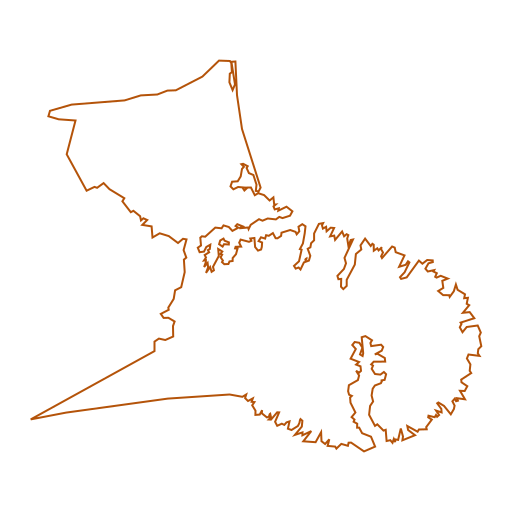 outline of Christchurch City, Canterbury, New Zealand
{"feature_id": "76426892B12142127553015", "entity_name": "Christchurch City", "entity_type": "district", "adm_level": 2, "iso_a3": "NZL", "parent_name": "New Zealand", "parent_adm1": "Canterbury", "projection": "equal_earth", "projection_center": [172.85, -43.646], "detail": "fine", "context": "isolated", "style": "outline", "palette": "amber", "viewbox_px": 512, "rotation_deg": 0, "n_neighbors": 0, "source": "geoboundaries", "source_scale": "gbopen_adm2", "svg_char_len": 6089}
<svg xmlns="http://www.w3.org/2000/svg" viewBox="0 0 512 512"><path d="M50.0,110.8L48.4,116.3L58.7,119.3L75.5,120.5L66.7,154.3L86.6,190.7L94.5,186.9L97.1,187.8L103.6,183.1L109.5,189.2L124.3,198.2L122.4,201.3L130.8,212.2L133.4,210.8L140.1,216.2L141.0,220.4L143.4,218.3L147.2,220.0L142.3,224.9L151.6,226.4L152.5,237.5L159.7,233.3L168.8,236.1L178.0,243.0L183.0,238.8L186.5,239.4L183.6,250.1L186.3,257.6L183.9,259.6L184.7,272.1L181.2,287.2L175.1,290.3L173.7,298.9L168.3,307.6L168.7,309.8L160.8,313.9L163.6,317.9L168.4,317.8L174.6,321.5L173.0,326.0L173.2,336.5L165.3,340.0L158.9,338.6L154.5,341.6L154.5,351.1L30.7,419.4L66.1,412.6L167.8,398.6L229.6,394.5L242.4,396.8L246.2,394.5L245.1,398.1L248.0,401.0L252.8,398.4L251.6,401.8L254.4,402.1L252.2,405.3L255.5,410.7L255.4,414.9L259.7,414.6L262.1,410.2L261.8,413.3L266.9,417.4L268.9,416.7L269.7,414.2L270.2,413.8L271.0,417.2L268.8,419.5L271.0,419.6L277.2,412.3L279.1,412.4L275.1,421.8L277.2,425.8L281.8,423.7L284.3,424.9L286.5,422.4L289.5,421.4L287.9,428.7L291.5,430.0L297.9,426.0L299.4,423.0L300.0,420.0L300.5,419.1L302.4,420.8L301.8,426.6L294.9,434.9L302.5,432.4L302.4,435.3L311.3,431.1L303.3,441.3L315.6,442.2L321.1,432.2L321.5,441.2L325.1,444.0L329.3,439.3L327.6,445.9L335.2,446.6L336.4,448.6L341.3,443.9L347.9,445.8L348.6,442.7L351.1,442.6L364.0,451.4L375.1,446.6L371.0,436.7L362.1,433.2L359.2,427.7L357.1,427.7L357.2,423.7L353.6,421.7L354.5,419.6L351.6,417.1L355.4,412.5L350.5,402.7L350.1,397.5L351.8,395.9L349.1,394.7L348.1,391.2L348.9,385.2L357.9,380.1L359.1,375.5L356.1,370.8L359.1,372.6L361.0,370.9L360.5,366.3L356.1,364.6L359.0,362.0L350.6,358.7L355.8,349.0L352.3,345.0L354.7,342.0L359.4,342.8L362.4,347.7L360.0,354.4L362.6,356.0L363.2,353.3L361.7,337.2L365.4,336.1L372.0,340.3L370.4,343.0L371.2,346.1L381.1,344.7L383.2,347.0L381.7,350.7L374.8,354.4L377.5,353.8L384.8,358.0L385.2,361.6L373.7,361.7L371.2,364.4L373.0,365.6L371.7,368.8L375.0,374.0L380.4,374.6L383.9,372.0L386.1,374.2L384.6,379.9L380.8,380.5L382.0,380.9L380.9,383.2L374.9,385.5L372.7,388.7L371.6,395.5L373.1,401.5L370.1,405.9L369.1,414.8L375.0,425.9L377.3,424.3L383.5,430.6L385.7,429.8L386.6,441.0L390.3,440.2L392.5,442.8L393.8,439.0L395.1,442.1L395.3,439.4L398.1,439.9L400.8,428.5L403.0,436.5L402.4,440.3L415.0,435.2L408.1,430.0L407.3,426.0L417.6,431.7L418.9,429.5L426.7,429.3L426.2,427.1L431.8,419.6L428.2,417.3L428.5,415.7L434.7,417.2L436.0,415.0L437.1,416.8L439.1,415.0L436.1,410.6L441.6,412.4L441.3,408.9L437.2,403.3L438.4,402.5L444.0,405.9L450.8,414.3L453.9,409.0L454.6,405.6L452.4,401.3L454.8,398.6L456.1,401.2L457.9,400.7L457.0,398.2L465.0,399.3L460.0,390.8L464.7,391.0L467.3,386.2L461.5,382.3L461.2,379.6L471.2,373.1L469.7,370.8L470.4,364.4L466.9,358.5L468.5,354.5L479.5,355.9L477.8,353.3L478.3,349.2L481.3,346.2L479.2,336.2L480.8,332.6L477.7,325.5L466.7,327.0L462.5,332.2L459.8,327.3L461.5,323.9L460.6,322.6L474.3,318.2L469.7,312.1L462.9,312.8L469.2,305.2L466.7,303.8L467.9,297.8L464.2,298.2L465.0,294.3L457.6,289.8L455.9,284.5L453.8,291.3L449.7,296.9L449.2,295.2L443.1,295.1L438.2,291.0L443.3,287.9L442.3,280.8L447.8,278.6L440.7,275.8L436.6,277.6L435.2,276.8L436.8,273.2L433.4,271.5L434.2,270.1L427.8,271.5L425.4,268.7L428.5,263.3L432.8,262.1L432.7,260.4L427.2,260.0L422.4,263.7L418.9,260.6L406.7,277.4L401.1,278.9L400.0,277.2L404.6,272.3L409.4,262.4L408.0,261.3L405.7,264.8L399.1,266.8L404.5,255.4L395.7,252.2L394.7,247.6L392.1,246.5L382.0,258.1L381.1,256.3L383.0,252.5L381.0,249.0L381.8,247.2L378.6,250.4L377.3,248.3L373.8,250.7L373.7,244.7L372.4,243.8L370.7,246.0L365.1,238.6L360.5,245.4L361.3,249.5L355.9,254.0L354.8,264.6L346.7,279.8L346.7,285.9L343.3,289.1L341.0,286.7L341.2,278.9L338.4,279.2L337.4,275.9L343.9,269.0L346.0,263.3L344.5,257.9L353.0,239.5L350.7,240.0L348.4,246.0L347.2,238.5L348.3,235.1L346.6,234.2L344.1,236.3L342.1,231.5L335.1,239.9L334.2,235.6L330.1,236.4L334.1,228.0L330.7,227.7L326.6,231.3L326.1,226.8L322.9,228.6L322.0,225.3L323.1,223.1L318.9,223.9L314.1,233.5L314.1,240.3L311.1,243.2L310.4,247.3L307.7,248.8L310.3,255.8L308.9,260.6L303.9,262.4L300.5,269.5L298.6,267.5L295.7,268.6L294.0,265.9L299.0,261.3L301.6,249.7L299.9,249.1L302.9,243.5L304.7,233.4L305.5,226.3L302.3,224.2L298.5,226.7L299.3,231.3L296.7,234.3L295.6,231.9L290.2,230.0L281.5,232.7L281.1,235.9L277.5,238.3L275.6,238.2L272.9,233.1L268.8,235.8L266.1,235.2L265.1,238.6L261.0,237.3L258.6,241.1L262.1,242.5L261.8,247.0L261.1,249.5L258.0,250.6L255.1,247.0L254.4,238.0L250.3,238.5L251.4,240.8L249.0,241.8L240.6,239.6L239.2,242.7L241.1,246.6L235.6,246.8L235.1,248.4L237.5,248.7L236.0,254.2L232.7,258.0L232.6,261.0L229.5,261.4L228.4,264.0L224.3,264.2L222.0,262.1L222.9,260.6L220.6,257.3L222.1,254.7L220.4,254.0L222.3,251.5L218.2,249.0L218.8,256.0L213.0,266.8L213.9,270.3L211.6,271.8L210.1,267.0L206.0,272.9L208.1,267.3L207.6,262.9L204.1,267.0L205.8,262.2L205.9,260.2L204.0,260.5L206.0,257.6L204.7,255.0L209.1,252.3L207.9,250.1L209.8,249.0L210.3,244.7L206.3,247.0L204.0,251.6L199.6,252.2L197.8,247.7L201.0,245.5L200.3,237.7L201.9,236.3L205.2,236.7L215.3,227.6L221.6,228.3L223.5,225.4L228.8,227.0L232.4,230.9L238.3,227.7L235.6,226.0L237.3,224.2L242.8,226.4L239.3,228.3L248.1,227.5L248.6,229.1L250.7,224.8L259.0,219.2L262.5,220.7L267.7,218.5L275.9,219.4L279.3,216.9L282.5,218.1L290.0,215.7L292.4,211.3L286.5,206.7L278.3,210.7L278.8,208.3L274.7,209.4L273.5,206.4L275.7,204.5L274.2,204.6L273.4,197.4L269.6,200.5L264.1,195.1L258.2,193.2L254.8,195.2L250.9,187.5L245.2,187.6L247.1,188.0L244.4,190.5L242.5,187.6L245.1,187.6L238.1,187.0L233.4,189.3L230.5,186.4L232.1,181.7L237.7,181.3L240.7,176.4L242.0,168.9L243.9,166.8L241.4,164.2L243.1,163.8L247.7,166.2L246.6,168.0L248.9,173.1L253.4,175.0L256.5,184.7L255.8,190.9L258.6,191.4L260.6,187.6L242.0,129.0L237.0,95.1L235.4,61.5L231.4,61.8L235.0,84.4L232.6,90.1L229.4,82.3L229.8,73.7L231.9,72.2L231.3,63.1L229.9,61.0L219.0,60.6L202.4,76.6L175.8,90.3L167.4,90.6L157.3,94.5L140.8,95.4L124.6,100.4L71.6,104.6L50.0,110.8ZM224.6,240.7L223.5,238.6L220.2,240.5L219.1,244.2L222.6,246.6L224.0,244.2L228.8,244.5L228.9,242.4L224.6,240.7ZM305.0,260.6L306.5,258.8L306.5,258.5L305.7,259.0L305.0,260.6Z" fill="none" stroke="#b45309" stroke-width="2"/></svg>